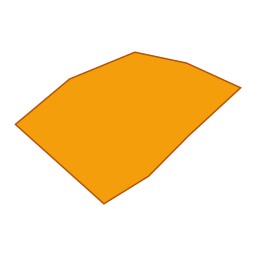 map outline of Valletta (Equal Earth projection)
{"feature_id": "MLT-5949", "entity_name": "Valletta", "entity_type": "state/province", "adm_level": 1, "iso_a3": "MLT", "parent_name": "Malta", "parent_adm1": "", "projection": "equal_earth", "projection_center": [14.514, 35.895], "detail": "fine", "context": "isolated", "style": "filled", "palette": "amber", "viewbox_px": 256, "rotation_deg": 0, "n_neighbors": 0, "source": "natural_earth", "source_scale": "10m", "svg_char_len": 233}
<svg xmlns="http://www.w3.org/2000/svg" viewBox="0 0 256 256"><path d="M134.8,52.2L186.6,63.1L240.6,87.8L188.1,136.2L148.7,176.1L103.9,203.8L15.4,124.4L69.6,79.0L134.8,52.2Z" fill="#f59e0b" stroke="#b45309" stroke-width="1.5"/></svg>